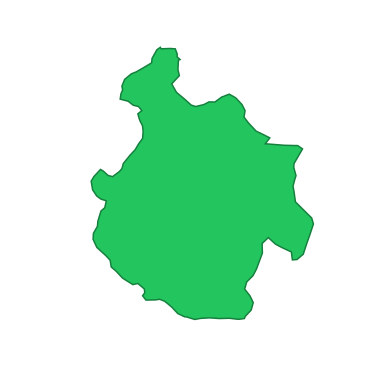 outline of Dromolaxia, Larnaca, Cyprus, rotated 47°
{"feature_id": "46923920B21347225976460", "entity_name": "Dromolaxia", "entity_type": "district", "adm_level": 2, "iso_a3": "CYP", "parent_name": "Cyprus", "parent_adm1": "Larnaca", "projection": "equal_earth", "projection_center": [33.583, 34.885], "detail": "fine", "context": "isolated", "style": "filled", "palette": "green", "viewbox_px": 384, "rotation_deg": 47, "n_neighbors": 0, "source": "geoboundaries", "source_scale": "gbopen_adm2", "svg_char_len": 1741}
<svg xmlns="http://www.w3.org/2000/svg" viewBox="0 0 384 384"><g transform="rotate(47 192 192)"><path d="M87.0,110.4L82.8,110.7L81.2,108.8L75.9,106.6L72.4,109.8L66.2,116.9L64.6,116.5L64.0,120.6L67.0,130.0L70.0,133.5L67.2,146.2L66.1,150.9L64.2,155.8L63.7,164.5L66.8,171.1L70.0,173.1L71.8,177.1L75.1,181.2L82.1,176.8L88.5,175.8L92.9,172.9L98.2,173.1L97.9,178.3L103.6,181.2L109.9,183.1L114.2,186.3L119.1,191.6L120.5,198.6L122.3,204.6L122.8,212.1L124.3,222.8L127.1,227.3L127.5,231.2L126.6,239.6L122.6,242.1L116.3,242.6L113.1,243.5L113.8,253.2L115.3,258.3L115.5,258.5L122.6,263.2L129.9,264.4L135.0,263.5L140.0,260.7L144.0,266.5L143.8,271.5L149.2,280.8L152.6,284.6L155.0,292.3L159.1,296.6L167.7,299.4L179.7,298.4L182.7,298.4L186.1,298.4L191.7,302.2L198.2,301.5L207.8,301.5L219.4,298.4L222.0,294.0L230.4,293.0L233.4,295.2L234.2,298.9L239.6,299.4L242.6,296.1L246.0,292.3L248.4,288.8L253.3,286.5L262.4,285.3L271.2,285.3L278.3,282.5L279.5,281.3L287.1,276.9L290.3,271.9L296.1,264.9L303.2,258.3L309.8,250.8L315.4,246.1L317.5,244.0L320.3,239.9L319.3,238.0L318.7,229.2L314.6,222.6L307.4,220.4L298.9,219.7L295.1,213.3L294.8,204.5L292.4,197.6L289.6,192.0L284.7,182.2L277.5,175.8L277.4,167.3L287.2,166.5L295.1,163.7L303.6,160.2L310.1,164.9L313.0,161.3L313.4,153.1L307.6,142.6L303.9,135.4L298.2,125.0L292.7,122.2L269.8,123.1L261.1,117.0L256.6,114.1L252.7,107.9L251.0,104.8L243.4,100.8L240.8,98.0L235.9,81.8L230.2,83.0L220.9,92.5L206.7,105.5L205.5,98.2L198.3,100.8L191.2,103.6L180.1,103.6L172.7,102.9L168.7,97.7L162.1,95.8L153.0,95.8L145.9,98.0L142.8,105.5L141.8,113.9L137.7,118.1L136.1,123.8L132.0,131.0L127.9,133.3L119.8,134.0L108.6,135.4L99.1,133.1L98.3,121.9L92.9,118.8L86.3,112.0L87.0,110.4Z" fill="#22c55e" stroke="#15803d" stroke-width="1.5"/></g></svg>